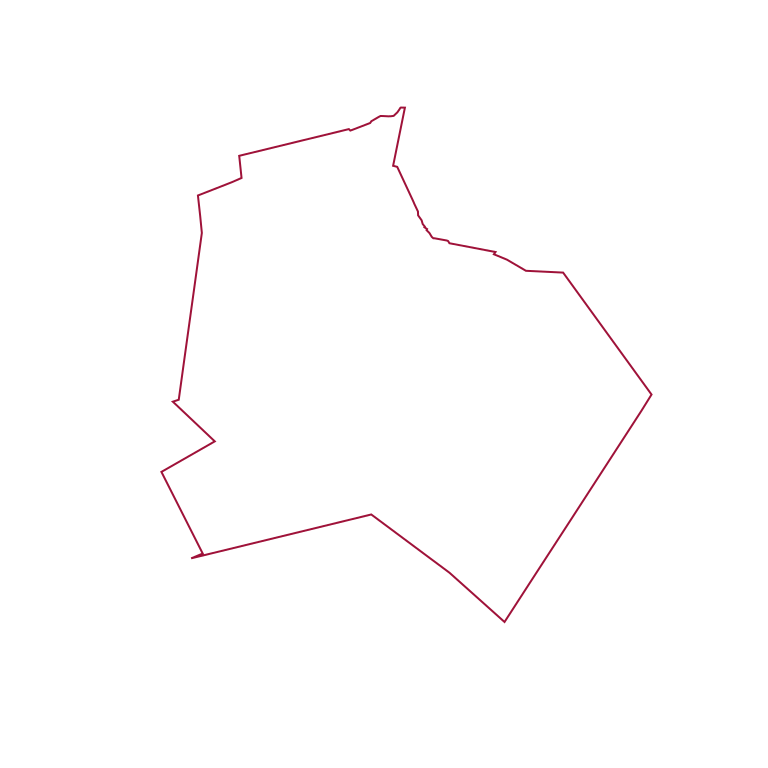 Sacramento, Coahuila, Mexico, rotated 338°
{"feature_id": "50627088B55806016099759", "entity_name": "Sacramento", "entity_type": "district", "adm_level": 2, "iso_a3": "MEX", "parent_name": "Mexico", "parent_adm1": "Coahuila", "projection": "orthographic", "projection_center": [-101.737, 26.936], "detail": "fine", "context": "isolated", "style": "outline", "palette": "rose", "viewbox_px": 768, "rotation_deg": 338, "n_neighbors": 0, "source": "geoboundaries", "source_scale": "gbopen_adm2", "svg_char_len": 1042}
<svg xmlns="http://www.w3.org/2000/svg" viewBox="0 0 768 768"><g transform="rotate(338 384 384)"><path d="M628.1,494.0L591.8,347.8L558.0,332.2L547.9,319.1L544.6,314.8L534.5,304.9L536.8,303.4L497.4,278.0L497.0,275.5L496.0,274.5L485.4,267.8L484.8,267.6L484.3,267.3L483.4,265.5L482.7,261.1L481.1,257.3L482.0,256.5L480.2,253.8L480.8,253.4L479.8,250.2L480.2,246.3L478.8,240.4L480.1,236.8L479.6,228.4L479.6,226.9L479.5,224.3L477.6,187.6L474.2,185.1L506.9,135.6L503.2,134.0L502.6,134.1L501.1,135.2L498.2,137.1L493.4,139.0L490.6,138.3L488.2,137.4L484.8,135.8L482.8,134.9L481.2,134.2L479.1,134.4L470.7,135.6L469.0,136.8L449.7,136.5L447.7,136.4L446.9,134.5L440.7,133.6L401.0,127.8L340.1,118.9L335.2,118.2L334.8,119.7L329.3,138.9L329.2,139.3L329.1,139.6L318.5,139.9L282.1,139.5L276.5,159.4L271.7,175.7L243.8,224.3L209.1,284.6L187.8,321.7L181.6,321.3L205.6,373.8L144.7,382.1L152.4,473.3L139.9,473.4L323.3,500.2L374.0,583.5L406.6,649.8L449.3,619.8L505.3,580.6L586.1,523.9L612.6,505.3L628.1,494.0Z" fill="none" stroke="#9f1239" stroke-width="2"/></g></svg>